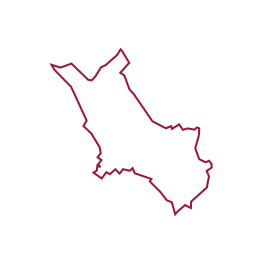 Putnam, Tennessee, United States of America (Mercator projection), rotated 219°
{"feature_id": "52423323B64488882262112", "entity_name": "Putnam", "entity_type": "district", "adm_level": 2, "iso_a3": "USA", "parent_name": "United States of America", "parent_adm1": "Tennessee", "projection": "mercator", "projection_center": [-85.513, 36.141], "detail": "fine", "context": "isolated", "style": "outline", "palette": "rose", "viewbox_px": 256, "rotation_deg": 219, "n_neighbors": 0, "source": "geoboundaries", "source_scale": "gbopen_adm2", "svg_char_len": 950}
<svg xmlns="http://www.w3.org/2000/svg" viewBox="0 0 256 256"><g transform="rotate(219 128 128)"><path d="M29.3,131.4L34.7,141.4L39.8,144.1L38.1,149.9L40.5,152.7L44.5,153.5L46.1,150.2L53.0,148.6L63.0,154.6L68.2,166.7L72.4,172.6L74.8,171.8L75.2,168.6L81.2,165.4L84.2,161.1L90.5,163.0L93.3,155.1L95.6,156.6L98.4,151.6L113.2,148.6L144.6,157.9L151.1,158.9L163.9,166.5L168.7,166.1L168.1,179.4L181.3,184.2L183.3,184.4L182.4,178.2L184.9,163.0L187.2,158.0L185.8,147.7L186.3,142.1L189.3,140.4L212.5,142.5L218.4,132.6L227.2,129.0L221.8,126.9L198.1,124.2L164.9,107.8L163.8,101.5L152.9,100.6L137.9,95.2L133.3,91.3L133.3,86.1L128.5,86.4L128.3,81.0L124.8,80.2L128.2,79.6L125.5,75.3L126.8,71.6L116.7,72.2L117.0,80.0L113.0,80.7L111.8,88.0L105.8,87.3L105.9,92.9L99.7,95.9L99.2,99.7L94.3,97.1L77.8,103.1L77.4,100.2L62.1,98.6L52.4,96.2L47.3,97.9L37.0,90.7L36.9,94.5L35.2,104.0L28.8,105.4L32.6,110.6L29.3,131.4Z" fill="none" stroke="#9f1239" stroke-width="2"/></g></svg>